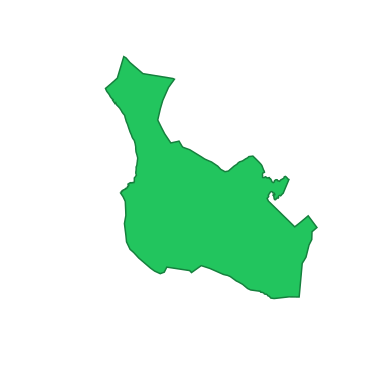 Argungu, Kebbi, Nigeria (Mercator projection), rotated 232°
{"feature_id": "59680162B80605638185127", "entity_name": "Argungu", "entity_type": "district", "adm_level": 2, "iso_a3": "NGA", "parent_name": "Nigeria", "parent_adm1": "Kebbi", "projection": "mercator", "projection_center": [4.517, 12.694], "detail": "fine", "context": "isolated", "style": "filled", "palette": "green", "viewbox_px": 384, "rotation_deg": 232, "n_neighbors": 0, "source": "geoboundaries", "source_scale": "gbopen_adm2", "svg_char_len": 5162}
<svg xmlns="http://www.w3.org/2000/svg" viewBox="0 0 384 384"><g transform="rotate(232 192 192)"><path d="M184.9,107.9L180.2,108.8L172.7,109.4L157.3,112.5L152.6,113.9L147.2,116.7L145.9,120.8L148.3,125.9L131.5,141.8L129.6,141.9L128.8,142.0L128.3,153.8L128.2,154.0L120.8,159.0L107.7,166.0L105.4,167.8L104.7,168.5L101.8,170.1L94.7,172.1L92.5,173.2L88.2,175.0L81.7,176.4L78.7,177.9L71.8,184.6L70.9,184.4L69.2,185.9L68.1,186.4L67.1,186.3L66.1,187.1L65.7,187.7L64.8,188.0L63.5,187.9L62.2,188.7L59.9,188.8L57.5,191.1L49.7,203.8L43.3,211.8L67.9,234.9L70.4,241.6L78.2,251.6L80.8,257.1L86.8,262.1L87.1,268.6L101.7,268.9L101.3,256.9L101.3,251.5L137.8,246.6L140.8,247.3L140.9,248.2L141.2,249.5L141.5,249.9L142.6,250.2L142.9,251.3L143.2,252.4L143.6,253.1L143.7,254.0L143.2,255.1L142.3,255.5L141.4,255.2L140.8,255.8L140.4,256.1L139.5,255.9L138.9,255.6L139.1,255.1L139.7,254.6L139.7,253.9L138.9,253.9L138.2,253.8L137.3,253.3L136.3,252.7L135.2,252.4L134.5,253.1L134.8,253.8L134.6,254.4L134.9,255.2L134.1,256.3L134.3,256.8L135.3,257.3L135.5,258.7L135.1,259.2L134.4,259.5L134.5,260.3L134.8,261.6L134.9,263.1L142.2,276.1L143.3,275.6L144.6,275.6L145.8,275.5L146.9,275.1L147.1,273.9L146.4,273.0L146.5,271.7L146.9,269.4L146.6,267.5L147.4,267.1L147.7,266.6L148.4,266.6L149.0,266.7L149.8,266.0L150.1,265.3L150.1,264.7L150.1,263.9L149.4,263.2L149.3,262.2L149.4,261.7L150.1,261.5L151.1,261.3L151.6,261.3L152.1,261.8L153.0,261.9L154.1,262.0L154.3,261.6L155.0,261.4L155.4,261.5L155.7,261.8L156.0,261.4L156.2,261.1L156.3,260.4L157.0,259.9L157.4,259.5L158.1,259.6L158.8,259.2L158.9,258.4L158.9,257.8L159.5,257.0L160.0,256.6L161.3,257.6L162.7,258.5L163.2,259.2L163.3,259.9L163.2,260.2L162.9,261.2L163.8,261.7L165.1,261.9L167.7,262.7L169.2,263.2L170.4,263.4L171.8,263.4L174.2,263.2L179.2,262.6L182.8,262.1L184.9,258.6L184.7,256.8L185.1,254.8L185.4,250.9L186.5,247.9L186.5,245.8L186.2,244.6L186.5,240.9L186.1,233.6L187.7,230.5L192.1,228.6L196.5,228.2L203.6,225.9L207.5,223.7L210.2,222.3L214.0,221.0L220.4,218.6L226.6,216.3L232.8,212.4L234.1,212.3L240.1,213.1L240.8,211.5L243.7,205.5L254.7,206.3L261.6,207.6L269.8,209.3L277.1,218.3L282.2,225.4L288.9,237.9L291.7,247.6L293.1,246.9L315.5,226.2L327.4,223.8L332.4,222.8L338.2,222.6L340.7,221.6L327.7,203.3L327.1,193.4L326.9,188.8L326.9,187.8L326.9,187.6L326.4,187.5L325.6,187.2L325.0,187.1L324.3,186.9L323.3,186.8L322.6,186.8L321.4,186.8L320.5,186.8L319.5,186.7L318.8,186.6L318.0,186.4L317.2,186.3L316.2,186.3L315.1,186.3L314.2,186.5L313.5,186.7L313.4,186.0L310.6,185.8L310.1,185.8L309.1,185.7L309.3,186.8L309.1,186.7L308.7,186.6L308.2,186.5L307.8,186.4L307.3,186.3L306.8,186.3L306.5,186.3L306.1,186.4L305.6,186.4L305.1,186.5L304.6,186.6L304.0,186.6L303.4,186.6L302.9,186.7L302.3,186.7L301.8,186.6L301.4,186.6L301.0,186.5L300.5,186.5L299.5,186.4L298.5,186.2L297.9,186.1L297.2,186.1L296.2,186.0L295.5,186.1L294.5,186.1L294.0,186.1L293.7,186.0L293.3,185.9L292.4,185.4L291.4,185.0L287.9,183.6L287.1,183.4L286.7,183.3L286.3,183.2L285.1,182.9L282.4,181.9L281.0,181.4L278.9,180.7L278.1,180.4L277.4,180.2L277.2,180.1L276.7,180.0L276.0,179.8L275.6,179.7L275.2,179.6L274.6,179.5L274.2,179.4L273.8,179.2L273.3,179.1L272.9,178.9L272.4,178.7L271.9,178.6L271.5,178.5L271.0,178.4L270.6,178.4L270.2,178.3L269.6,178.3L269.0,178.3L268.6,178.3L268.2,178.2L267.6,178.0L267.1,177.8L266.6,177.6L265.9,177.3L264.9,176.9L264.2,176.5L263.8,176.3L263.1,175.9L262.3,175.5L261.4,174.8L260.6,174.2L259.5,173.5L258.1,172.6L256.8,172.1L255.0,171.4L253.9,170.9L253.2,170.6L252.5,170.3L251.9,169.9L251.5,169.4L251.0,169.0L250.4,168.3L249.6,167.6L248.7,166.6L247.4,165.4L246.9,164.7L246.5,164.2L246.4,163.8L246.1,163.4L245.9,163.2L245.5,162.9L244.8,162.4L244.2,161.9L243.7,161.4L243.1,160.9L242.6,160.3L242.0,159.8L241.6,159.4L241.4,159.3L241.2,159.2L240.6,159.0L240.0,158.7L239.4,158.5L239.3,157.8L238.9,156.8L238.6,155.2L235.6,152.9L235.2,151.9L235.5,151.8L235.7,151.7L235.8,151.5L235.9,151.3L236.0,151.1L236.0,150.9L236.1,150.7L236.0,150.4L236.1,150.2L236.3,150.0L236.5,150.0L236.6,149.9L236.9,149.8L237.0,149.6L237.1,149.3L237.2,149.2L237.3,149.1L237.3,148.9L237.2,148.8L237.1,148.7L237.2,148.4L237.3,148.3L237.3,148.1L237.4,147.9L237.5,147.9L237.5,147.7L237.4,147.6L237.4,147.4L237.5,147.2L237.4,146.8L237.5,146.7L237.6,146.4L237.4,146.3L237.2,146.2L236.9,146.1L236.8,146.4L236.6,146.4L236.4,146.4L236.2,146.3L236.1,146.2L236.0,145.9L236.2,145.7L236.1,145.4L235.9,145.2L236.0,144.9L236.0,144.7L235.8,144.7L235.7,144.7L235.5,144.4L235.4,144.2L235.3,143.9L235.4,143.6L235.4,143.4L235.3,143.1L235.3,142.8L235.3,142.7L235.2,142.6L235.2,142.4L235.3,142.3L235.4,142.2L235.5,142.0L235.6,141.9L235.4,141.7L235.2,141.4L235.2,141.2L235.3,141.0L235.5,140.9L235.4,140.7L235.5,140.5L235.5,140.4L235.6,140.2L235.6,139.9L235.7,139.7L235.8,139.6L235.8,139.4L235.7,139.3L235.7,139.2L235.8,139.0L235.8,138.9L235.9,138.7L236.0,138.4L236.1,138.1L236.1,137.9L235.8,137.9L235.6,137.8L235.5,137.7L235.7,137.4L235.7,137.2L235.6,136.8L235.5,136.7L235.7,136.4L235.7,136.2L235.4,136.1L235.1,135.9L234.9,135.6L235.0,135.4L235.1,135.1L230.9,134.8L228.5,134.3L225.6,133.6L218.7,128.7L214.3,125.5L208.7,119.3L198.5,113.2L193.0,109.7L184.9,107.9Z" fill="#22c55e" stroke="#15803d" stroke-width="1.5"/></g></svg>